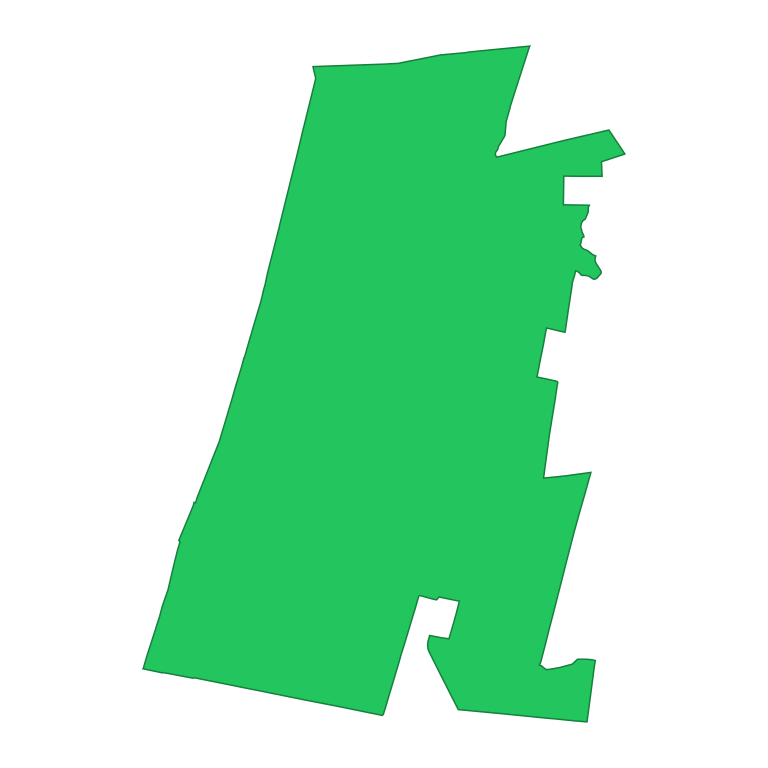 Ulmu, Braila, Romania
{"feature_id": "2599482B28846131553928", "entity_name": "Ulmu", "entity_type": "district", "adm_level": 2, "iso_a3": "ROU", "parent_name": "Romania", "parent_adm1": "Braila", "projection": "robinson", "projection_center": [27.32, 44.93], "detail": "fine", "context": "isolated", "style": "filled", "palette": "green", "viewbox_px": 768, "rotation_deg": 0, "n_neighbors": 0, "source": "geoboundaries", "source_scale": "gbopen_adm2", "svg_char_len": 4965}
<svg xmlns="http://www.w3.org/2000/svg" viewBox="0 0 768 768"><path d="M382.2,715.4L383.0,714.7L383.3,714.5L385.6,707.1L386.4,704.5L388.1,698.6L390.3,691.2L391.3,688.0L399.0,662.2L400.7,656.1L400.7,655.8L401.1,654.6L401.5,653.4L404.8,642.9L407.1,635.3L409.8,626.3L412.9,616.0L414.9,609.6L417.0,602.3L418.6,596.6L418.9,596.0L419.4,595.7L419.8,595.6L420.2,595.6L420.9,595.8L431.4,598.7L436.0,599.8L436.5,599.8L437.0,599.5L439.0,596.9L441.3,597.5L451.7,599.6L459.4,601.2L456.2,613.6L454.5,619.8L452.8,625.7L451.1,631.4L448.9,638.8L444.0,638.1L440.6,637.6L436.5,636.8L432.6,636.0L429.6,635.5L429.1,637.6L428.6,639.2L427.9,641.8L427.7,644.3L427.6,645.4L427.8,647.0L428.0,648.8L428.7,650.8L429.3,652.3L429.7,653.0L439.3,672.2L457.1,707.3L458.2,709.6L504.0,713.9L547.9,718.3L551.5,718.6L555.1,718.9L566.0,720.0L576.0,721.0L577.6,721.1L584.6,721.7L587.0,721.9L587.5,718.2L590.0,699.4L591.0,691.9L593.9,669.6L595.3,660.5L594.5,660.3L591.0,659.6L585.5,659.2L578.0,659.2L577.5,659.3L577.0,659.7L572.4,664.1L565.4,666.0L560.2,667.4L553.8,668.6L548.1,669.5L547.0,669.5L545.6,669.3L541.0,665.5L540.3,665.5L539.9,665.4L539.6,665.3L539.4,665.1L539.4,664.8L539.5,664.5L540.0,663.7L540.6,662.6L545.0,645.8L549.7,627.2L552.9,614.9L555.8,603.6L560.4,585.5L563.6,573.0L566.2,562.6L568.9,552.2L574.2,531.8L579.8,511.6L585.2,492.9L586.5,488.1L590.9,472.4L564.5,476.0L543.6,478.1L544.5,471.0L546.7,454.8L549.3,435.6L553.2,411.3L553.4,410.4L554.1,405.8L554.8,401.8L554.8,401.6L555.5,397.3L555.5,397.0L557.2,385.4L557.4,384.6L557.8,382.4L557.6,382.1L557.2,381.6L556.6,381.2L547.9,379.3L537.0,377.0L539.8,362.6L540.6,358.4L541.5,354.0L542.4,349.7L543.3,345.3L544.1,340.9L544.8,336.7L545.6,332.6L546.5,328.0L565.0,332.3L565.2,331.5L568.8,306.8L568.9,306.3L571.4,290.0L572.1,285.4L572.1,284.4L572.4,282.8L572.4,282.5L574.7,274.9L574.8,274.5L574.9,274.1L575.0,273.8L575.1,272.8L575.6,270.8L576.5,270.9L579.1,272.6L579.9,273.3L580.3,274.0L580.7,274.5L581.2,275.0L582.3,275.4L583.3,275.4L584.2,275.4L584.8,275.5L585.8,275.5L586.6,275.6L587.5,275.8L588.7,276.2L589.7,276.8L590.5,277.2L591.4,277.9L592.3,278.5L592.8,278.8L593.3,279.1L593.7,279.1L594.1,279.2L594.5,279.1L595.1,279.1L595.8,278.8L596.8,278.3L597.8,277.2L598.7,276.1L598.9,275.8L599.2,275.5L600.3,274.4L600.9,273.7L601.1,273.0L601.1,271.6L600.8,270.6L600.2,269.7L599.3,268.4L596.8,264.4L596.0,263.0L595.6,262.2L595.3,261.4L595.0,260.6L595.0,259.8L595.1,258.7L595.2,257.5L595.6,256.6L595.8,256.0L594.9,255.6L594.0,255.2L593.2,254.9L592.4,254.5L591.9,254.2L591.7,253.8L591.3,253.5L590.5,252.9L589.9,252.4L589.4,251.9L588.7,251.5L588.0,251.0L587.3,250.5L586.6,250.2L585.7,249.8L585.0,249.6L584.1,249.2L583.3,248.8L582.7,248.4L582.2,247.9L581.8,247.5L581.5,247.1L581.2,246.7L580.9,246.2L580.7,245.6L580.0,245.0L580.5,244.3L580.8,243.6L580.9,242.9L581.1,241.8L581.7,238.8L582.2,237.8L582.6,237.5L583.3,237.2L583.9,237.1L583.9,236.6L583.9,236.1L583.7,235.5L583.4,234.9L583.2,234.4L582.8,233.6L582.5,232.9L582.2,232.3L582.0,231.8L581.8,231.1L581.7,230.5L581.6,229.8L581.4,229.2L581.2,228.7L580.9,227.8L580.8,227.3L580.8,226.8L580.9,226.2L580.9,225.6L581.1,225.0L581.2,224.5L581.5,223.1L582.5,221.3L583.2,220.5L585.3,219.0L587.9,212.9L588.3,211.5L588.3,209.4L588.3,207.5L589.4,205.2L563.4,204.8L563.8,176.1L582.0,176.3L602.1,176.3L601.5,161.8L601.6,161.7L624.9,154.0L608.9,130.0L564.3,140.4L497.0,157.1L496.7,157.0L496.0,156.1L495.5,154.8L495.3,153.7L495.6,152.6L496.3,151.3L497.2,150.3L497.8,149.1L498.5,146.3L499.2,145.2L500.6,143.0L502.6,139.5L504.5,136.5L505.0,135.1L506.2,121.4L510.2,107.4L510.1,107.0L516.1,88.1L529.4,46.9L529.7,46.3L529.8,46.1L510.1,48.0L490.4,49.9L475.4,51.4L474.4,51.5L468.3,52.1L467.1,52.4L465.9,52.6L464.9,52.7L449.8,54.1L440.7,54.9L429.7,57.1L407.3,61.5L397.9,63.4L389.0,63.8L387.1,64.0L327.4,66.1L318.6,66.4L316.9,66.5L313.0,66.6L313.3,68.1L315.4,77.0L315.7,78.6L312.5,91.5L304.2,125.1L302.9,130.3L297.2,154.2L292.1,174.7L289.9,183.6L288.4,189.7L283.7,208.6L279.5,225.6L279.4,226.5L277.6,233.5L272.6,253.2L267.4,273.5L265.2,284.2L263.3,291.0L262.0,296.9L260.6,302.3L253.1,327.5L248.9,341.9L246.4,350.6L245.7,353.2L244.3,357.7L244.1,357.7L243.8,358.5L241.1,368.4L238.9,375.7L236.3,384.0L234.8,389.1L234.1,391.5L232.4,397.6L231.6,400.3L230.3,404.6L227.7,413.4L223.2,428.5L221.4,434.3L219.4,441.3L218.7,443.1L215.8,450.3L213.1,457.0L206.3,474.4L200.2,489.7L197.2,497.4L195.6,502.8L194.1,502.3L193.8,503.5L193.7,504.0L193.5,504.8L193.2,505.8L186.4,522.2L178.8,540.5L180.0,541.7L178.6,546.6L177.5,550.2L174.3,563.0L171.1,576.5L168.1,589.5L162.4,605.9L159.5,616.8L159.1,618.0L157.9,621.7L156.5,626.1L155.2,630.3L148.5,651.0L147.7,653.4L145.5,660.7L144.3,664.8L144.0,666.0L143.6,667.3L143.4,668.0L143.2,668.4L143.2,668.7L143.1,668.8L145.4,669.3L151.6,670.6L156.9,671.7L157.8,671.9L162.3,672.9L163.3,672.6L193.0,678.2L194.1,677.9L195.0,677.9L252.2,689.4L253.6,689.6L274.7,693.9L292.1,697.4L309.6,700.9L338.6,706.5L367.5,712.4L378.9,714.7L380.5,715.1L382.2,715.4Z" fill="#22c55e" stroke="#15803d" stroke-width="1.5"/></svg>